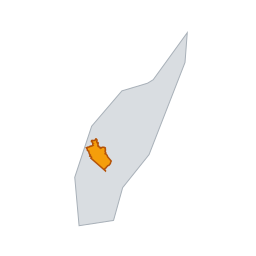 Ibobang, Ngatpang, Palau shown in context, rotated 13°
{"feature_id": "81905179B30151450559542", "entity_name": "Ibobang", "entity_type": "district", "adm_level": 2, "iso_a3": "PLW", "parent_name": "Palau", "parent_adm1": "Ngatpang", "projection": "robinson", "projection_center": [134.529, 7.483], "detail": "fine", "context": "in_parent", "style": "filled", "palette": "amber", "viewbox_px": 256, "rotation_deg": 13, "n_neighbors": 0, "source": "geoboundaries", "source_scale": "gbopen_adm2", "svg_char_len": 3219}
<svg xmlns="http://www.w3.org/2000/svg" viewBox="0 0 256 256"><g transform="rotate(13 128 128)"><path d="M134.7,221.3L102.3,234.2L87.2,188.0L92.2,134.4L113.7,93.2L136.9,80.0L141.7,75.3L164.3,21.8L168.8,51.3L154.5,149.2L136.2,187.3L134.7,221.3Z" fill="#d9dde1" stroke="#a8b0b8" stroke-width="1"/><path d="M101.4,148.9L101.1,148.9L100.9,148.8L100.7,148.7L100.5,148.3L100.5,148.1L100.6,147.9L100.6,147.6L100.6,147.4L100.6,147.2L100.6,146.9L100.6,146.7L100.4,146.6L100.2,146.4L100.0,146.2L99.9,146.1L99.7,146.0L99.6,145.9L99.4,145.8L99.3,145.7L99.2,145.7L99.1,145.8L99.0,146.0L98.9,146.3L98.9,146.5L98.8,146.9L98.8,147.0L98.7,147.1L98.5,147.3L98.4,147.5L98.2,147.6L97.9,147.8L97.7,147.8L97.4,147.9L97.2,148.0L96.8,148.1L96.6,148.0L96.4,148.1L96.2,148.1L95.9,148.1L95.7,148.2L95.5,148.3L95.4,148.4L95.4,148.5L95.3,148.9L95.3,149.1L95.4,149.3L95.5,149.6L96.0,149.6L96.6,149.9L96.7,150.2L96.9,150.4L96.9,150.5L97.0,150.9L97.1,151.0L97.2,151.3L97.3,151.3L97.2,151.4L97.3,151.6L97.3,151.8L97.4,152.0L97.5,152.3L97.5,152.5L97.5,152.8L97.8,152.9L97.7,153.0L97.4,153.1L97.2,153.2L97.1,153.3L97.0,153.5L96.9,153.5L96.7,153.8L96.4,153.8L96.2,153.9L96.1,154.0L95.9,153.9L95.7,154.0L95.3,154.2L95.3,154.3L95.2,154.3L95.0,154.6L94.9,154.6L94.7,154.8L94.5,155.0L94.4,155.2L94.3,155.3L94.2,155.3L94.0,155.5L93.9,155.5L93.8,155.8L93.8,155.7L93.6,155.7L93.4,155.7L93.3,155.8L93.2,155.8L92.9,155.8L92.7,156.0L92.5,156.3L92.4,156.3L92.2,156.4L92.1,156.5L91.9,156.6L92.0,156.7L92.1,156.8L92.2,157.0L92.3,157.0L92.5,157.1L92.8,157.3L92.9,157.5L93.0,157.6L93.1,157.8L93.1,158.0L93.2,158.3L93.2,158.5L93.3,158.7L93.4,158.8L93.5,158.9L93.6,159.0L93.9,159.1L94.0,159.2L94.2,159.3L94.4,159.3L94.5,159.3L94.8,159.3L94.8,159.5L95.0,159.7L95.1,159.8L95.2,160.0L95.3,160.2L95.4,160.4L95.4,160.5L95.5,160.6L95.5,160.8L95.6,161.0L95.8,161.3L96.0,161.5L96.2,161.8L96.3,162.0L96.5,162.3L96.7,162.5L96.9,162.6L97.0,162.6L97.2,162.8L97.4,162.8L97.5,162.8L97.6,163.0L97.6,163.3L97.4,163.5L97.2,163.6L97.0,163.8L97.0,164.0L97.4,164.1L97.5,164.1L97.8,164.1L98.0,164.2L98.3,164.3L98.6,164.5L98.8,164.6L99.0,164.6L99.1,164.8L99.1,165.0L99.0,165.3L98.9,165.4L98.9,165.5L98.7,165.8L115.7,174.9L115.7,174.7L115.4,174.4L115.1,174.2L114.1,173.3L114.6,172.8L115.3,172.1L115.5,171.8L115.5,171.5L115.7,171.3L115.7,171.1L115.8,170.9L116.0,170.7L116.4,169.9L116.7,169.3L117.7,168.8L117.9,168.5L118.1,168.1L118.3,167.5L118.6,167.1L118.8,166.8L118.8,165.7L118.9,164.6L119.1,164.0L114.7,160.7L113.8,159.4L112.7,158.4L112.1,158.3L111.6,158.3L111.4,157.9L111.6,157.7L111.9,157.5L111.9,157.1L111.6,156.6L111.1,156.1L110.8,155.6L110.9,155.2L111.1,154.5L110.6,153.8L110.3,153.4L110.3,153.0L110.5,152.8L110.4,152.5L109.6,152.2L108.6,152.2L107.4,152.5L107.0,152.7L106.8,153.1L106.6,153.4L106.4,153.3L106.1,153.3L105.9,153.2L105.7,153.4L105.6,153.7L105.5,153.9L105.4,153.8L105.2,153.6L105.3,153.3L105.2,153.2L104.9,153.2L104.5,153.1L104.3,153.0L104.0,152.8L103.8,152.8L103.7,152.8L103.4,152.8L103.3,152.7L103.4,152.2L103.1,152.1L102.9,152.2L102.7,152.2L102.6,151.9L102.7,151.6L102.4,150.6L102.3,149.9L102.4,149.4L102.3,149.2L102.0,149.2L101.9,149.4L101.8,149.6L101.7,149.7L101.5,149.4L101.5,149.1L101.5,148.9L101.4,148.9Z" fill="#f59e0b" stroke="#b45309" stroke-width="1.5"/></g></svg>